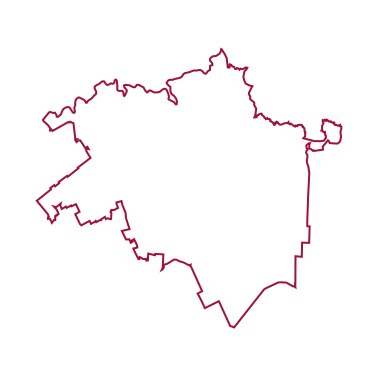 Santiago Sochiapan, Veracruz, Mexico, rotated 174°
{"feature_id": "50627088B82277071409559", "entity_name": "Santiago Sochiapan", "entity_type": "district", "adm_level": 2, "iso_a3": "MEX", "parent_name": "Mexico", "parent_adm1": "Veracruz", "projection": "robinson", "projection_center": [-95.662, 17.635], "detail": "fine", "context": "isolated", "style": "outline", "palette": "rose", "viewbox_px": 384, "rotation_deg": 174, "n_neighbors": 0, "source": "geoboundaries", "source_scale": "gbopen_adm2", "svg_char_len": 6017}
<svg xmlns="http://www.w3.org/2000/svg" viewBox="0 0 384 384"><g transform="rotate(174 192 192)"><path d="M327.6,268.2L326.8,268.0L326.0,268.5L326.1,267.9L324.2,268.0L324.1,267.4L307.8,274.5L307.3,274.0L306.1,274.0L305.8,274.6L302.7,272.8L302.5,256.9L301.4,256.7L302.7,256.1L301.6,253.7L299.6,255.2L297.7,255.0L293.5,246.7L291.4,247.9L290.3,245.5L292.4,246.1L292.9,243.9L289.4,236.5L303.0,228.2L302.6,227.4L314.1,220.1L314.6,221.1L323.6,215.8L323.1,214.7L327.6,211.9L328.3,213.3L332.5,210.7L331.9,209.4L347.3,199.5L337.9,185.4L336.9,182.5L338.0,181.9L338.0,180.3L336.9,180.4L336.0,180.1L334.6,175.9L332.0,178.8L330.9,178.4L330.6,182.4L329.0,183.3L328.8,182.8L326.9,184.2L328.4,188.5L329.6,190.6L329.8,190.4L330.9,192.0L328.7,191.1L323.8,194.2L324.4,192.6L323.3,188.7L318.9,190.7L318.3,189.3L313.6,191.2L313.4,190.4L308.7,192.0L305.9,184.1L310.4,182.2L306.8,171.9L305.5,170.4L296.9,174.0L295.8,170.9L291.8,172.5L290.8,173.3L290.4,172.0L286.5,173.7L285.4,173.6L285.5,174.1L281.2,176.4L280.4,174.0L278.7,174.7L275.6,173.4L275.2,173.7L274.9,176.6L274.6,177.4L274.4,180.8L275.0,180.9L274.5,182.2L273.4,182.7L272.3,182.2L271.5,182.2L267.2,183.9L268.2,187.5L268.2,189.5L263.1,190.3L262.6,186.6L260.3,178.4L260.3,172.6L258.0,161.6L265.8,160.6L262.6,151.7L259.3,151.5L258.1,147.9L257.0,148.5L257.7,148.7L256.5,150.3L255.8,150.3L254.6,151.2L252.3,145.0L252.2,142.5L256.2,141.9L255.0,138.0L252.2,130.8L251.4,130.8L250.9,132.7L249.5,132.1L248.0,130.6L244.9,130.2L245.1,129.3L244.3,128.5L243.3,130.6L242.8,129.8L242.0,135.3L235.4,133.0L235.0,134.3L227.0,132.9L229.1,119.6L230.2,117.8L229.0,118.4L228.0,119.9L227.7,122.5L223.9,123.3L217.3,126.5L216.1,126.6L214.6,126.3L211.9,124.5L207.6,122.7L203.6,120.0L202.1,119.8L202.1,119.4L201.1,119.7L201.6,118.7L200.8,118.0L192.3,92.3L197.0,90.4L194.6,84.5L191.3,75.2L176.7,80.6L168.0,54.6L166.4,54.1L164.3,52.9L130.4,87.7L129.2,88.3L115.8,93.0L113.4,92.9L107.8,92.1L101.4,87.6L100.7,87.7L99.1,86.4L99.1,90.0L98.8,89.9L98.2,95.2L95.8,117.3L89.6,116.1L87.8,130.1L80.8,129.2L78.6,145.5L80.9,145.9L80.5,150.4L76.8,176.7L73.4,198.2L73.6,205.0L74.3,207.6L74.6,210.3L74.3,212.4L73.6,214.1L73.4,217.0L74.2,218.3L74.4,219.4L73.7,221.2L72.8,221.8L72.9,223.0L73.5,223.7L73.4,226.4L71.2,228.0L69.6,228.3L70.2,227.3L71.0,223.0L69.1,222.2L67.7,220.4L66.8,220.8L66.4,220.1L57.3,220.4L57.3,223.4L51.4,229.2L50.5,228.1L49.9,226.2L42.2,224.9L40.1,226.2L39.1,227.8L38.0,231.3L38.1,236.0L36.8,239.7L36.7,241.6L37.7,241.7L38.4,242.3L38.0,243.2L40.0,242.6L41.4,243.6L42.7,243.7L43.6,244.9L43.1,245.7L43.3,246.0L43.7,245.6L44.1,246.3L44.8,246.1L46.5,247.7L46.8,247.8L47.1,247.3L48.0,247.9L48.7,247.9L49.3,248.9L50.3,248.8L49.9,249.5L50.4,249.9L51.4,249.8L52.4,249.2L52.6,249.9L53.9,249.5L54.4,249.8L54.7,248.3L54.0,246.8L55.8,243.9L56.0,241.1L56.9,239.5L55.8,239.3L55.2,237.9L54.6,237.6L53.5,237.8L53.6,235.8L53.5,234.6L53.0,234.1L53.2,231.7L53.7,231.5L55.2,229.3L59.0,229.1L64.9,229.8L75.6,233.8L73.9,235.3L73.6,236.0L73.2,238.2L73.4,238.2L73.4,239.6L73.1,240.0L73.5,240.3L73.7,241.0L73.5,243.6L74.6,244.7L74.6,245.2L75.2,245.1L75.6,247.0L77.5,247.7L78.1,247.4L79.4,247.5L79.9,247.0L80.1,247.4L80.4,247.3L80.8,246.5L81.8,246.9L82.5,246.3L82.8,246.6L82.8,247.2L83.8,246.9L86.4,249.6L87.0,249.5L87.2,249.1L87.9,249.2L88.3,250.2L88.7,250.3L88.8,251.4L89.9,250.5L92.4,250.8L95.7,249.8L97.3,249.7L97.9,249.9L99.2,251.8L100.1,251.7L100.2,252.4L99.7,252.3L99.7,252.6L100.6,253.1L101.7,252.1L102.3,250.9L102.7,250.9L102.9,250.1L103.4,250.2L103.7,250.8L103.2,251.5L103.6,251.6L103.6,252.3L104.5,252.5L104.9,253.2L106.9,254.4L106.8,254.7L106.4,254.6L106.3,255.2L107.3,256.6L109.4,256.8L109.5,257.6L111.0,256.8L111.9,258.4L112.4,258.6L112.5,259.6L114.3,261.1L114.4,262.4L115.0,262.8L117.6,262.1L117.9,261.5L119.2,261.5L119.9,259.8L120.3,260.0L120.7,259.6L122.2,259.7L121.1,261.5L119.4,268.1L121.1,272.2L120.7,273.9L121.0,274.8L124.2,278.0L124.5,279.2L124.0,280.9L125.0,282.9L125.1,284.6L120.9,291.0L123.5,291.8L127.3,294.2L128.3,297.3L128.9,301.1L127.5,305.7L126.9,306.9L125.2,308.0L124.0,309.8L125.4,310.3L128.1,309.1L129.9,309.1L131.0,309.6L132.0,308.6L133.0,309.9L134.3,310.6L135.3,309.7L136.3,309.9L137.2,312.2L138.6,312.5L139.6,314.3L141.1,315.0L141.4,314.0L141.7,313.8L141.3,312.8L141.6,312.0L142.4,312.0L142.7,312.9L143.4,312.5L143.5,321.5L145.0,325.6L147.6,330.8L148.0,331.1L148.9,328.4L150.5,326.4L153.9,324.8L157.5,324.7L159.6,323.3L160.3,322.1L160.3,320.7L158.5,318.2L158.4,316.2L160.8,315.6L161.4,311.4L162.9,311.0L165.7,308.3L166.4,308.2L168.1,309.4L168.7,310.8L170.8,312.4L172.0,312.6L174.8,312.3L177.4,312.7L182.0,311.5L186.8,310.9L188.1,310.2L190.2,307.6L192.3,306.7L197.8,306.2L199.2,305.6L202.4,305.9L204.0,305.4L205.8,303.3L205.8,302.5L204.2,300.4L202.5,298.8L202.9,294.8L202.3,291.9L199.5,289.0L197.9,286.1L197.5,283.2L198.1,280.9L199.0,280.8L200.4,283.2L205.5,286.5L205.7,287.3L205.2,288.2L205.0,289.7L205.3,292.3L206.7,296.5L207.6,297.3L208.7,297.6L209.9,297.3L213.8,295.0L215.8,294.7L219.3,295.0L223.1,297.5L224.4,297.2L225.5,296.0L226.3,295.7L228.1,298.1L229.3,301.1L233.8,304.1L235.7,304.3L237.4,302.4L238.4,302.1L239.9,302.6L243.1,304.7L247.2,305.5L248.5,305.1L248.6,304.5L248.2,303.1L246.4,300.3L246.2,299.3L248.5,295.1L249.3,294.5L249.8,295.1L249.9,298.6L250.8,299.9L254.2,300.2L255.3,300.9L255.6,301.8L255.2,305.2L255.1,309.9L255.5,311.3L255.9,311.8L257.3,311.0L257.8,308.9L258.6,308.1L259.5,307.9L261.1,308.5L263.3,307.6L265.0,307.3L266.0,307.9L268.0,311.3L269.3,311.4L271.0,310.7L272.4,309.5L275.9,308.2L277.8,306.9L278.0,305.1L276.8,301.9L277.1,299.7L280.3,297.3L281.6,295.8L286.0,293.5L287.2,291.8L288.2,291.9L288.8,293.7L289.5,294.7L293.9,297.6L295.1,297.9L296.9,296.9L297.9,295.8L298.7,293.8L299.1,290.6L300.4,287.4L300.0,284.9L300.2,283.8L301.0,283.0L302.2,283.5L304.9,288.8L305.7,289.3L307.2,289.5L309.1,289.1L311.3,287.9L312.8,285.8L314.2,282.9L317.6,280.7L318.5,281.0L318.7,281.5L318.8,282.8L320.0,285.2L321.7,285.1L324.9,286.5L326.1,285.9L332.7,279.3L332.5,278.3L328.5,273.9L326.4,270.5L326.3,269.1L326.7,268.4L327.6,268.2Z" fill="none" stroke="#9f1239" stroke-width="2"/></g></svg>